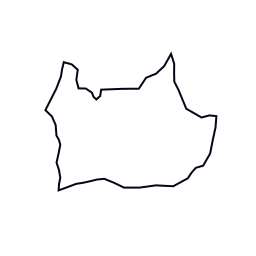 outline of Tərtər, rotated 204°
{"feature_id": "AZE-1738", "entity_name": "Tərtər", "entity_type": "District", "adm_level": 1, "iso_a3": "AZE", "parent_name": "Azerbaijan", "parent_adm1": "", "projection": "albers", "projection_center": [46.821, 40.256], "detail": "fine", "context": "isolated", "style": "outline", "palette": "ink", "viewbox_px": 256, "rotation_deg": 204, "n_neighbors": 0, "source": "natural_earth", "source_scale": "10m", "svg_char_len": 1020}
<svg xmlns="http://www.w3.org/2000/svg" viewBox="0 0 256 256"><g transform="rotate(204 128 128)"><path d="M213.4,162.0L208.6,162.7L208.3,162.8L205.2,163.2L197.6,160.8L194.8,151.0L189.3,144.1L182.6,146.9L175.3,145.6L172.2,142.5L168.7,141.3L168.5,141.2L166.4,146.0L166.5,146.1L168.1,152.1L149.9,161.1L138.8,166.2L136.9,167.0L134.1,168.3L131.9,181.3L124.4,189.1L120.1,199.4L118.8,213.2L111.9,205.4L110.3,201.7L108.2,196.9L104.6,189.2L97.2,183.2L82.6,169.3L65.1,167.5L58.8,172.6L52.1,174.8L48.3,164.2L45.7,151.7L42.6,138.1L44.0,124.2L46.9,121.7L49.8,119.3L51.8,113.0L52.9,106.3L54.8,103.9L58.9,98.5L63.0,93.2L64.8,92.5L68.1,91.2L79.1,87.0L93.1,78.3L107.4,71.9L116.1,72.2L117.8,72.2L118.3,72.3L129.1,71.9L132.5,69.9L135.4,68.3L141.3,63.7L146.9,59.6L152.6,55.9L159.1,49.5L166.0,42.8L168.2,48.7L169.6,55.0L174.0,61.6L179.2,67.3L181.0,76.2L183.0,85.0L186.2,89.0L190.3,92.0L195.3,101.3L202.2,107.6L210.7,110.7L210.2,121.6L209.5,134.7L210.2,147.8L212.1,154.8L213.4,162.0Z" fill="none" stroke="#020617" stroke-width="2"/></g></svg>